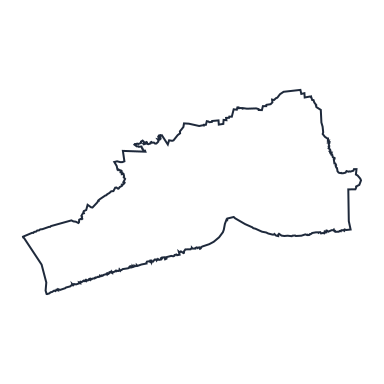 Mueang Samut Sakhon, Samut Sakhon, Thailand (orthographic projection)
{"feature_id": "78962969B74449724715778", "entity_name": "Mueang Samut Sakhon", "entity_type": "district", "adm_level": 2, "iso_a3": "THA", "parent_name": "Thailand", "parent_adm1": "Samut Sakhon", "projection": "orthographic", "projection_center": [100.223, 13.533], "detail": "fine", "context": "isolated", "style": "outline", "palette": "slate", "viewbox_px": 384, "rotation_deg": 0, "n_neighbors": 0, "source": "geoboundaries", "source_scale": "gbopen_adm2", "svg_char_len": 6019}
<svg xmlns="http://www.w3.org/2000/svg" viewBox="0 0 384 384"><path d="M23.0,236.7L23.2,237.5L24.1,238.1L41.6,264.6L46.3,282.5L45.6,290.6L46.6,294.0L47.1,294.1L49.3,293.4L50.6,292.3L52.0,292.0L54.2,290.6L55.5,291.1L56.4,289.7L57.5,290.2L57.9,289.6L58.2,289.9L58.2,289.2L60.1,289.9L65.2,288.2L66.0,287.5L70.2,286.4L71.5,285.2L72.6,285.3L72.3,284.2L72.7,284.6L73.3,284.2L73.8,284.7L74.5,284.1L76.1,284.4L79.3,283.3L79.1,282.6L80.1,283.1L79.9,282.2L80.4,281.7L81.5,282.2L83.5,280.7L84.0,281.2L84.9,281.1L84.9,280.5L85.7,279.9L86.3,281.0L87.0,280.1L87.6,280.5L89.3,279.9L89.1,279.1L89.6,278.8L90.2,278.9L90.5,279.5L90.9,278.8L91.6,279.3L92.6,278.6L94.1,278.4L94.0,277.8L94.3,278.2L94.9,277.8L95.0,278.2L98.1,276.7L98.7,277.0L99.9,276.5L100.0,275.6L101.1,276.1L101.9,275.4L102.3,275.8L103.2,275.4L103.6,274.9L106.3,274.1L106.7,274.4L106.8,273.4L107.2,273.2L107.7,274.0L108.3,273.5L108.6,273.8L109.6,272.8L109.5,272.2L110.7,271.7L111.3,272.7L112.1,272.9L112.1,272.2L112.5,272.7L112.6,272.2L114.3,271.8L115.9,270.6L116.3,271.3L117.6,270.8L118.3,271.0L119.5,270.7L119.5,270.2L119.9,270.5L119.9,270.1L120.2,270.5L121.4,270.1L122.7,269.1L128.0,268.3L129.0,267.9L129.4,266.8L130.2,266.2L130.8,266.2L131.1,267.5L132.9,267.0L132.8,266.3L133.2,266.7L134.2,266.5L134.3,265.7L135.0,266.2L136.5,266.0L136.6,265.0L137.5,265.9L141.4,264.5L146.5,263.5L146.3,262.9L147.0,261.6L149.1,261.3L150.3,262.0L150.4,260.5L151.4,260.5L151.7,262.0L152.0,261.2L153.0,261.6L154.7,259.5L155.8,259.5L156.4,260.3L156.6,259.6L157.2,259.9L157.9,259.0L159.0,259.9L161.0,259.5L160.9,258.2L161.5,257.8L162.1,258.2L162.3,257.5L164.4,257.3L165.1,259.3L166.5,258.6L166.2,257.2L171.3,255.9L173.2,256.3L174.4,255.8L174.6,255.0L176.5,254.5L177.1,255.2L179.6,254.7L178.8,251.6L179.8,252.4L180.9,251.4L183.5,253.1L184.0,252.8L183.9,251.5L185.4,249.4L190.6,249.3L191.0,248.7L191.9,248.5L191.9,247.8L192.6,248.6L195.4,248.6L195.5,247.9L196.7,247.4L197.7,248.1L198.1,247.6L199.4,247.4L200.0,248.8L200.4,248.6L200.8,248.3L200.7,247.5L202.3,246.5L209.2,244.2L213.7,241.8L219.1,237.3L222.9,232.2L223.8,229.7L224.9,223.9L226.7,219.1L227.0,218.9L227.3,219.3L227.4,218.5L233.7,217.0L235.1,218.3L245.1,224.1L252.3,227.3L253.3,228.2L255.4,228.7L262.0,231.7L266.2,232.5L268.2,233.5L272.5,234.6L273.9,234.6L274.4,234.0L276.1,235.6L278.2,236.1L278.2,234.7L279.0,233.8L281.5,235.6L284.3,236.0L287.7,235.7L291.8,236.2L292.4,235.7L295.1,235.5L295.8,236.0L301.4,235.7L305.3,234.4L307.0,235.0L307.3,234.7L308.0,235.1L309.5,234.9L309.7,234.2L311.4,233.8L312.1,233.0L316.1,232.3L318.0,232.3L318.5,232.8L319.0,232.3L320.3,232.2L321.0,233.4L323.0,233.0L324.2,233.3L324.6,231.7L325.5,232.5L326.1,232.4L325.9,231.4L326.4,230.5L327.2,230.7L328.2,231.7L331.6,230.2L333.2,230.2L333.8,229.6L334.3,231.0L335.0,230.9L335.3,231.8L338.8,231.7L339.6,231.0L340.8,231.2L340.9,230.6L342.0,230.1L343.2,230.5L343.8,230.0L344.4,230.6L344.8,229.5L346.3,230.0L350.6,229.5L348.8,221.2L348.3,189.4L355.4,189.3L356.2,187.5L356.1,186.5L359.3,184.9L361.0,180.4L360.3,178.7L359.0,177.1L357.6,175.5L355.9,174.5L356.5,169.1L354.0,169.1L353.4,170.7L350.3,171.6L349.3,171.4L348.5,171.7L346.5,171.1L345.6,172.6L343.4,173.2L341.8,173.3L341.3,172.9L340.2,173.1L338.6,172.6L337.5,171.2L337.0,168.1L336.3,167.6L335.6,165.7L336.1,165.1L335.3,163.5L334.4,163.4L333.8,159.3L334.6,158.8L334.6,158.0L332.8,157.2L332.2,154.6L331.4,154.7L331.0,153.7L331.4,152.9L330.4,153.1L330.1,152.5L330.5,151.8L329.7,151.2L330.4,150.7L330.1,149.5L328.6,148.3L329.1,147.4L328.7,146.6L329.3,146.0L328.8,145.0L328.9,144.0L329.5,142.8L329.4,142.3L328.8,142.4L329.2,141.9L328.5,141.7L328.9,141.4L328.4,140.8L328.7,140.4L327.9,140.3L328.0,138.5L327.4,138.5L324.9,136.8L322.7,134.0L323.2,132.3L322.6,126.7L321.4,122.5L320.8,109.9L316.4,107.1L315.9,105.3L316.2,105.0L314.3,102.5L313.5,100.1L312.2,100.0L311.1,96.7L310.7,97.1L310.1,96.5L304.7,97.5L304.4,93.2L301.3,93.9L300.4,89.9L283.6,91.8L280.0,94.2L277.3,97.7L276.1,98.1L274.0,100.0L272.1,99.6L272.4,102.4L270.6,104.2L266.6,104.8L266.2,105.1L266.2,106.1L262.9,106.1L261.9,110.1L258.7,110.0L258.6,109.1L256.2,108.4L247.0,108.7L242.8,108.1L242.6,108.6L241.2,108.0L238.6,108.2L238.5,107.4L237.4,107.4L236.8,109.7L233.7,109.3L231.8,116.7L229.3,116.6L229.0,117.8L226.1,117.9L226.4,120.2L223.6,119.9L223.3,123.9L218.8,124.6L218.5,120.4L212.1,121.0L211.9,121.9L209.3,122.2L208.4,121.5L206.8,121.2L205.9,124.8L203.9,124.8L203.8,125.5L202.6,125.3L199.2,126.0L188.9,123.7L184.0,123.4L183.4,127.0L179.9,131.4L180.1,133.3L177.7,135.1L173.5,140.4L172.1,140.8L169.1,140.3L167.8,144.5L161.9,135.3L160.9,135.7L160.5,135.1L158.9,135.5L158.2,136.8L159.0,137.8L159.5,137.7L159.7,136.8L160.3,137.0L160.6,138.7L159.6,139.7L157.7,139.3L158.3,140.1L158.3,141.6L156.4,143.5L155.1,143.6L153.9,142.6L151.9,142.7L151.4,142.0L150.6,142.4L150.4,143.5L148.2,144.2L147.3,143.8L147.0,142.4L146.4,142.0L145.9,142.3L145.6,143.7L143.8,144.3L143.2,143.5L144.0,142.7L143.9,141.8L142.6,140.6L141.0,141.6L141.0,142.9L138.3,144.0L137.1,143.6L136.3,144.1L134.9,144.0L134.4,144.6L136.8,146.4L138.3,146.3L138.8,146.8L141.5,146.5L142.2,148.7L142.6,148.7L143.4,150.7L145.0,150.6L145.4,151.7L122.9,150.9L124.4,161.3L122.4,162.1L120.2,162.1L117.1,161.3L114.3,162.0L116.7,166.0L117.5,169.7L118.0,170.1L118.6,169.5L119.8,170.3L120.7,170.3L121.4,170.9L120.6,171.2L120.5,172.3L121.8,172.7L121.8,174.2L122.4,174.1L122.8,173.3L123.5,173.8L124.1,176.2L123.7,177.2L125.1,178.9L123.4,182.1L124.6,182.6L124.5,183.0L123.5,184.1L122.1,184.5L122.5,185.0L122.0,185.8L119.7,187.1L118.5,188.7L118.0,188.7L116.4,187.5L115.2,187.7L113.4,191.1L111.2,191.3L109.4,193.0L107.1,194.3L106.4,195.2L105.3,195.5L100.1,199.0L98.7,200.1L98.7,200.8L98.1,200.8L97.4,202.3L92.5,207.5L91.1,207.3L87.6,204.8L86.2,210.0L83.8,211.1L83.5,211.9L83.9,213.2L82.9,213.3L81.4,215.9L82.1,216.8L81.9,217.7L82.3,218.8L81.8,219.2L80.9,218.8L79.2,219.7L79.0,222.3L78.4,223.0L75.8,221.7L73.4,221.4L71.4,220.4L50.9,226.1L50.1,226.9L48.9,226.9L42.3,229.2L40.2,229.4L39.0,230.4L37.2,230.5L36.1,231.6L34.2,231.9L33.3,232.9L32.2,232.8L23.0,236.7Z" fill="none" stroke="#1e293b" stroke-width="2"/></svg>